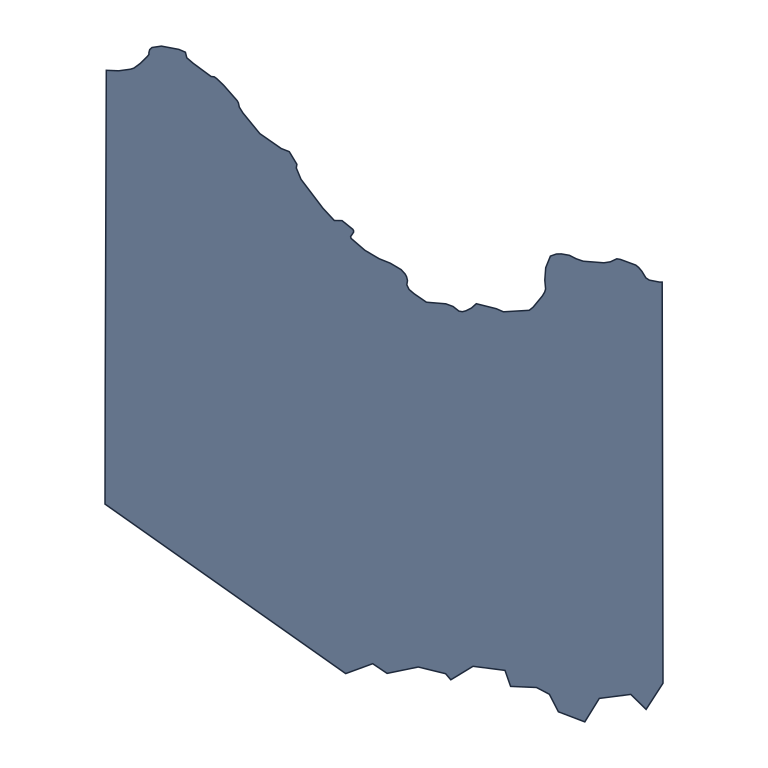 Hardeman, Texas, United States of America
{"feature_id": "52423323B6303249721628", "entity_name": "Hardeman", "entity_type": "district", "adm_level": 2, "iso_a3": "USA", "parent_name": "United States of America", "parent_adm1": "Texas", "projection": "orthographic", "projection_center": [-99.723, 34.318], "detail": "fine", "context": "isolated", "style": "filled", "palette": "slate", "viewbox_px": 768, "rotation_deg": 0, "n_neighbors": 0, "source": "geoboundaries", "source_scale": "gbopen_adm2", "svg_char_len": 1337}
<svg xmlns="http://www.w3.org/2000/svg" viewBox="0 0 768 768"><path d="M105.2,391.2L105.0,504.1L345.7,673.6L372.7,663.7L387.1,673.4L418.2,667.0L445.6,673.7L450.8,679.8L473.0,666.3L505.0,670.4L510.6,686.4L536.5,687.5L549.4,694.3L558.4,711.8L584.8,721.9L599.3,698.4L630.8,694.4L646.1,709.4L663.0,683.2L662.2,282.1L659.6,282.1L649.3,280.1L645.9,277.9L641.9,271.3L638.7,267.5L635.8,265.1L620.4,259.4L616.8,258.8L610.4,261.8L603.9,262.8L583.2,261.2L576.0,258.7L569.4,255.3L561.4,253.9L556.4,254.0L550.4,256.1L545.7,267.7L544.8,280.1L545.6,289.0L544.7,292.0L542.4,295.9L533.1,307.2L529.2,310.3L503.4,311.8L496.3,308.7L476.3,303.7L471.5,308.0L465.9,310.8L462.4,311.7L458.9,311.1L453.1,306.5L445.8,303.8L426.4,302.2L414.2,293.8L409.1,289.5L406.8,284.8L407.5,280.6L406.6,276.8L405.2,274.1L401.1,269.6L390.3,263.2L379.1,258.7L364.9,250.3L351.1,238.4L350.6,236.6L353.6,232.2L353.6,230.7L352.8,229.3L342.0,220.6L334.3,220.5L322.9,208.2L301.0,179.3L296.3,168.0L296.9,164.3L289.3,151.7L281.2,148.5L268.7,139.8L259.8,133.6L242.9,112.9L239.3,107.1L238.4,102.9L237.2,100.7L223.6,85.2L216.6,78.5L214.2,76.8L211.1,76.5L193.2,63.3L186.8,57.8L185.4,52.2L178.9,49.4L161.4,46.1L152.0,47.5L149.7,49.6L148.9,52.6L148.9,54.5L147.4,56.4L140.3,63.4L133.9,68.1L130.5,69.2L118.7,70.8L106.3,70.3L105.2,391.2Z" fill="#64748b" stroke="#1e293b" stroke-width="1.5"/></svg>